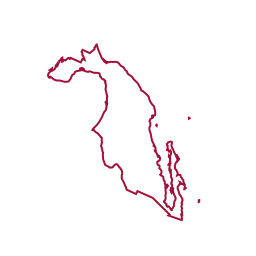 Mexico, Robinson projection, rotated 204°
{"feature_id": "MEX", "entity_name": "Mexico", "entity_type": "country or territory", "adm_level": 0, "iso_a3": "MEX", "parent_name": "North America", "parent_adm1": "", "projection": "robinson", "projection_center": [-103.635, 23.63], "detail": "fine", "context": "isolated", "style": "outline", "palette": "rose", "viewbox_px": 256, "rotation_deg": 204, "n_neighbors": 0, "source": "natural_earth", "source_scale": "50m", "svg_char_len": 5770}
<svg xmlns="http://www.w3.org/2000/svg" viewBox="0 0 256 256"><g transform="rotate(204 128 128)"><path d="M41.5,65.7L55.6,64.5L54.9,65.9L77.0,74.2L93.7,74.2L93.8,71.0L104.2,71.1L105.9,73.3L106.7,73.7L109.7,76.6L113.2,79.4L114.6,82.5L114.6,83.5L114.9,84.5L116.2,86.4L118.6,88.2L119.5,88.4L123.0,90.4L124.0,90.2L125.2,88.9L126.1,85.9L126.8,85.2L127.6,85.1L128.4,84.4L128.9,84.4L130.5,84.9L133.0,84.8L133.8,85.0L137.9,89.2L140.4,93.9L140.6,95.2L141.8,96.2L143.9,99.3L145.4,100.6L145.4,102.1L145.8,103.2L145.7,104.0L147.1,106.1L147.9,108.3L149.9,109.0L150.4,109.5L152.3,110.2L152.9,110.7L155.7,111.1L157.0,111.5L158.3,112.3L158.8,111.8L159.7,111.7L159.6,113.1L157.6,118.3L156.7,122.7L156.3,127.1L156.3,132.8L155.6,135.0L155.7,135.8L156.2,138.7L157.3,140.7L159.0,142.4L158.4,144.5L158.3,143.9L158.6,142.4L157.3,141.1L156.3,139.2L157.0,142.2L157.8,143.1L159.8,147.8L159.8,148.4L164.3,154.3L165.4,158.0L167.2,160.0L167.7,161.1L168.5,161.7L167.6,161.4L167.7,161.6L169.4,162.5L169.7,162.5L168.9,162.0L169.8,162.3L172.2,162.5L173.2,163.4L174.5,163.8L176.1,166.2L176.6,166.2L178.2,166.0L182.1,164.4L184.7,164.4L186.1,164.1L186.8,163.7L187.2,163.1L188.8,162.7L191.7,162.4L192.2,162.9L191.9,163.4L192.0,163.7L192.7,164.1L194.4,164.2L195.9,163.0L195.9,162.3L195.3,161.7L195.5,161.1L194.7,161.5L194.9,161.2L197.8,159.3L199.1,157.9L199.3,155.3L200.5,153.8L200.5,149.5L201.2,146.3L204.4,144.5L210.1,143.5L212.5,142.4L215.3,142.2L219.9,143.3L220.4,142.8L220.3,142.6L219.1,142.5L220.6,142.0L221.2,142.3L222.5,143.4L222.6,144.8L222.9,145.3L222.0,147.9L220.3,149.8L219.1,151.8L218.8,152.7L219.0,154.4L218.2,154.9L217.6,155.9L217.8,156.5L219.2,156.3L218.8,157.3L217.8,157.9L217.8,158.6L218.5,158.1L218.8,158.4L217.9,161.8L217.4,162.8L217.1,164.9L216.6,165.5L216.1,164.3L215.6,164.0L215.7,162.3L215.6,161.5L215.3,161.5L214.6,162.3L214.6,162.9L214.1,164.1L212.7,164.3L212.3,165.3L211.0,167.6L210.5,168.0L209.5,167.4L209.0,167.6L208.9,168.7L197.8,168.7L197.8,172.6L195.3,172.6L197.9,175.3L199.6,176.4L200.1,177.8L201.4,178.6L201.3,180.9L193.4,180.9L190.6,186.4L191.4,187.8L190.9,188.6L190.8,189.6L191.0,190.5L190.5,191.5L187.0,187.4L184.7,185.2L180.1,181.0L177.3,179.4L177.1,179.3L177.0,179.8L178.4,180.3L179.6,181.2L176.7,180.1L175.5,179.9L175.4,179.8L176.0,179.2L175.8,178.9L174.7,179.4L174.7,178.8L174.1,178.4L173.3,179.4L174.7,179.9L172.6,180.1L170.6,181.5L168.8,182.1L166.1,183.5L164.3,183.8L162.5,183.3L160.1,182.0L156.7,181.6L154.3,179.9L152.0,179.2L150.5,177.6L144.8,176.3L142.8,174.9L137.7,173.0L134.5,170.8L133.8,170.1L133.1,169.8L131.2,167.7L129.4,167.7L126.5,166.9L121.9,165.1L119.1,161.6L116.1,159.7L112.8,158.2L111.8,156.4L110.7,155.4L109.6,153.6L108.4,150.7L109.2,149.9L110.2,149.8L110.9,149.3L111.0,148.7L110.5,148.1L109.5,148.0L109.4,147.7L111.1,145.6L111.2,143.0L109.9,142.1L108.6,139.5L108.6,137.1L107.7,135.0L104.1,131.0L103.1,129.3L100.9,126.2L95.9,122.1L97.3,122.9L97.5,122.8L97.4,122.0L95.6,121.6L94.8,121.1L94.5,120.6L94.4,119.9L92.8,117.9L93.7,118.3L94.3,118.2L94.2,118.0L92.3,117.1L90.4,115.7L90.0,115.5L89.8,114.7L88.4,115.1L88.1,114.6L88.7,114.3L89.3,113.3L88.5,113.9L87.4,114.3L86.7,114.0L86.3,113.3L86.0,111.2L87.4,109.3L87.9,109.7L87.3,108.9L87.0,107.7L85.8,106.5L84.1,106.5L83.3,105.3L83.0,103.9L81.1,103.3L79.9,102.2L79.4,101.3L79.1,99.9L79.6,98.4L78.3,98.0L77.3,98.2L76.1,97.7L75.2,96.6L74.1,94.8L72.9,94.2L71.3,91.7L70.1,90.3L69.7,88.6L68.8,88.0L68.6,86.7L66.8,83.6L66.3,81.4L65.0,78.9L64.7,77.9L64.9,76.9L64.7,76.1L65.2,75.9L65.2,75.2L61.8,74.0L61.8,73.2L61.1,72.6L60.0,72.1L59.6,72.8L58.7,72.9L54.2,70.2L54.7,70.9L55.0,71.9L54.6,72.7L54.3,75.4L55.0,76.8L55.3,78.1L55.7,79.9L55.5,81.8L56.0,83.3L57.1,84.6L58.2,85.3L60.6,87.9L61.8,89.7L62.1,91.0L62.8,90.8L63.1,91.8L63.8,91.9L64.4,93.9L65.8,94.5L65.7,95.4L66.2,96.0L66.1,96.8L66.4,97.5L66.5,98.7L67.5,99.8L68.9,100.8L69.6,103.1L70.7,103.9L70.7,104.7L71.4,105.6L71.5,106.7L72.2,107.4L72.5,107.4L71.8,106.1L72.0,105.3L73.3,106.5L73.4,107.4L73.9,107.9L73.9,108.6L74.6,110.6L74.8,112.9L75.7,114.4L76.3,114.7L77.1,117.4L78.4,119.3L78.1,121.3L78.5,123.0L79.2,123.9L79.9,124.1L80.2,124.7L80.7,124.1L80.5,123.3L80.9,123.0L82.3,124.2L83.6,125.8L84.2,126.8L84.4,127.8L85.4,128.2L85.9,129.1L85.4,131.3L83.4,133.0L82.3,133.1L81.8,132.4L81.3,130.0L80.2,128.2L78.6,127.3L76.2,124.7L73.9,123.1L72.3,121.5L71.6,121.6L71.4,120.7L70.0,119.5L69.7,118.1L70.2,115.0L69.6,112.0L68.4,109.9L66.7,109.2L64.6,107.4L64.0,106.4L63.8,104.8L63.1,105.9L62.2,105.9L61.1,106.4L59.7,104.7L58.8,104.5L58.2,103.7L56.2,102.9L55.6,101.4L53.0,99.3L52.7,98.5L55.5,99.0L56.2,98.9L57.1,98.3L57.1,99.0L58.1,99.7L58.5,99.7L58.1,99.4L57.9,98.6L58.0,98.0L57.4,97.9L57.9,97.4L58.4,95.9L58.7,94.5L58.2,93.2L53.6,88.0L52.3,87.5L49.3,85.2L48.9,83.9L48.6,83.7L48.6,81.3L48.4,80.9L47.6,80.6L47.3,77.8L45.9,76.7L45.8,75.0L43.9,72.5L43.9,71.6L43.6,71.3L44.2,71.2L44.3,70.5L43.0,69.5L42.6,68.1L41.8,67.1L41.5,65.7ZM69.8,90.4L69.3,92.1L67.9,91.5L68.2,89.3L68.5,89.0L69.4,88.8L69.8,90.4ZM64.2,90.1L63.5,89.8L62.2,88.3L61.7,87.6L61.7,86.4L62.7,87.1L62.9,88.1L63.9,88.3L64.2,90.1ZM223.0,149.3L221.7,151.5L221.5,150.7L221.7,150.0L222.0,149.5L223.0,149.3ZM70.1,121.6L69.5,120.9L69.4,120.3L68.7,119.9L69.1,118.8L69.6,116.4L69.7,116.9L69.3,119.5L70.1,121.6ZM52.1,96.2L51.9,97.2L50.9,96.7L51.5,95.9L51.4,95.0L51.7,94.9L52.1,96.2ZM33.9,90.9L33.6,91.1L33.0,89.7L33.2,89.1L33.5,89.2L33.9,90.9ZM72.2,122.7L72.1,123.0L70.4,121.7L71.3,121.7L72.2,122.7ZM103.4,142.1L103.2,142.7L102.8,142.5L102.6,141.5L103.2,141.7L103.4,142.1ZM79.1,118.4L79.3,119.2L78.5,118.6L78.3,117.9L79.1,118.4ZM76.1,110.9L76.0,111.6L75.8,111.4L75.2,112.6L75.5,111.1L76.1,110.9ZM76.5,162.2L76.1,162.3L75.6,161.9L76.1,161.3L76.5,162.2ZM193.4,162.6L192.6,162.6L194.0,161.9L194.3,162.1L193.4,162.6ZM83.6,124.4L83.2,124.0L83.1,123.0L83.7,124.1L83.6,124.4Z" fill="none" stroke="#9f1239" stroke-width="2"/></g></svg>